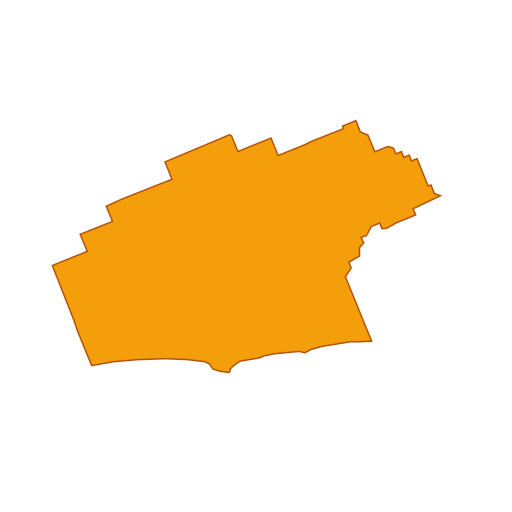 Coos, Oregon, United States of America (Equal Earth projection), rotated 248°
{"feature_id": "52423323B77484921359838", "entity_name": "Coos", "entity_type": "district", "adm_level": 2, "iso_a3": "USA", "parent_name": "United States of America", "parent_adm1": "Oregon", "projection": "equal_earth", "projection_center": [-124.106, 43.139], "detail": "fine", "context": "isolated", "style": "filled", "palette": "amber", "viewbox_px": 512, "rotation_deg": 248, "n_neighbors": 0, "source": "geoboundaries", "source_scale": "gbopen_adm2", "svg_char_len": 1066}
<svg xmlns="http://www.w3.org/2000/svg" viewBox="0 0 512 512"><g transform="rotate(248 256 256)"><path d="M344.1,399.3L344.0,384.8L341.3,384.8L341.5,349.7L340.9,343.6L340.9,314.1L359.7,314.1L359.7,278.4L376.7,278.3L378.3,276.8L377.3,206.9L358.6,206.8L359.0,153.6L358.3,135.8L341.8,135.9L342.0,101.1L323.5,101.3L323.5,63.6L264.8,63.1L252.9,62.4L216.0,62.6L211.3,84.5L204.4,107.0L194.6,133.9L185.7,153.5L177.4,168.6L173.7,172.2L167.5,173.7L162.9,179.0L158.1,187.2L158.9,188.7L160.9,189.9L162.5,193.5L164.5,201.8L160.3,220.8L160.4,226.0L158.4,236.7L151.3,260.5L148.0,265.0L148.7,272.6L147.5,283.3L140.9,312.4L139.1,316.1L133.7,331.3L203.3,331.1L209.3,339.8L215.5,339.7L217.2,352.0L224.9,355.0L227.8,360.8L233.9,360.4L233.6,366.1L240.1,373.9L240.2,383.0L234.1,383.1L232.8,387.4L234.2,398.8L234.3,419.4L241.0,419.4L242.8,449.6L247.1,444.8L256.4,444.8L256.4,441.8L285.9,441.8L285.9,435.8L292.1,435.8L292.1,429.9L298.3,429.9L298.3,423.9L304.5,423.9L308.1,419.5L308.1,405.2L326.1,405.1L332.0,399.2L344.1,399.3Z" fill="#f59e0b" stroke="#b45309" stroke-width="1.5"/></g></svg>